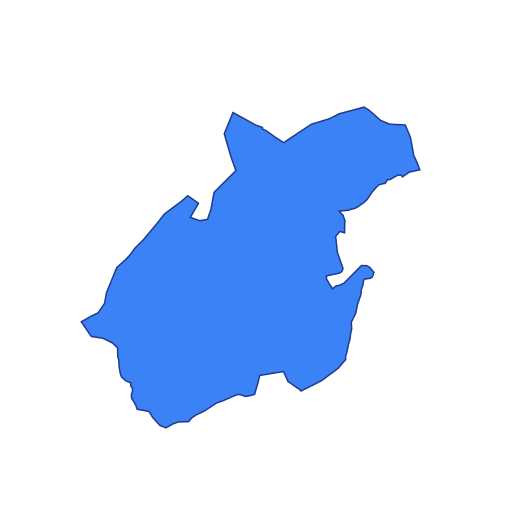 Dandume, Katsina, Nigeria (Albers equal-area conic projection), rotated 69°
{"feature_id": "59680162B23965546094498", "entity_name": "Dandume", "entity_type": "district", "adm_level": 2, "iso_a3": "NGA", "parent_name": "Nigeria", "parent_adm1": "Katsina", "projection": "albers", "projection_center": [7.218, 11.418], "detail": "fine", "context": "isolated", "style": "filled", "palette": "blue", "viewbox_px": 512, "rotation_deg": 69, "n_neighbors": 0, "source": "geoboundaries", "source_scale": "gbopen_adm2", "svg_char_len": 2280}
<svg xmlns="http://www.w3.org/2000/svg" viewBox="0 0 512 512"><g transform="rotate(69 256 256)"><path d="M254.8,442.7L272.1,438.6L278.0,428.3L285.9,421.1L292.0,418.2L298.1,420.3L300.5,421.1L304.6,421.5L307.0,422.4L310.8,423.6L317.2,424.8L320.3,424.9L320.8,424.9L325.8,422.3L327.4,420.7L329.7,418.3L329.8,418.4L332.2,419.5L335.6,418.8L338.0,419.8L340.7,422.0L344.3,423.1L346.3,422.7L348.3,422.2L353.0,421.7L356.5,421.9L362.8,411.6L366.5,410.9L369.7,410.3L379.8,406.4L384.2,401.6L383.0,393.9L383.1,387.4L383.7,386.3L386.5,378.3L384.1,374.0L382.9,368.6L382.5,363.0L382.0,358.7L379.1,345.5L379.3,338.5L378.6,323.5L379.6,320.6L383.2,316.4L384.1,312.6L384.7,306.9L376.6,300.8L373.9,298.8L369.0,295.5L369.1,294.1L373.7,271.7L384.6,271.1L393.4,265.1L395.9,263.3L398.2,262.4L396.0,240.0L390.3,219.5L390.2,219.4L384.8,209.4L381.8,208.3L378.3,205.6L371.6,201.3L367.5,198.2L362.1,195.3L358.4,192.8L352.0,190.8L345.1,183.3L337.6,178.6L329.1,171.5L326.4,170.4L323.9,168.8L321.9,166.9L318.3,164.9L316.2,163.1L316.9,161.5L317.2,159.5L317.8,157.3L317.4,155.3L315.8,153.5L314.8,152.9L313.6,151.7L307.6,153.8L304.7,156.1L302.7,161.0L312.8,183.4L313.3,188.2L312.6,192.1L314.1,196.3L311.8,196.6L309.1,197.4L302.8,198.4L299.8,197.4L301.8,185.0L301.7,182.6L300.8,180.8L298.7,179.2L295.3,179.1L295.1,179.1L281.7,178.7L266.2,174.6L263.1,168.9L266.1,165.0L259.1,162.2L256.8,161.3L255.2,160.3L253.4,160.3L249.1,160.1L243.9,162.5L246.5,152.8L246.3,150.9L246.9,147.6L246.8,144.3L245.8,140.3L244.8,136.4L243.1,132.0L237.7,124.3L233.6,116.3L233.9,112.1L234.5,109.5L231.8,105.8L232.7,103.5L232.0,99.7L231.4,95.2L232.3,91.6L234.6,90.9L234.2,89.3L232.6,83.0L234.2,72.2L225.4,72.2L218.6,72.7L200.7,69.3L187.2,69.7L180.8,84.0L174.0,91.1L161.0,97.9L155.7,101.7L153.0,127.8L154.2,137.9L152.8,157.0L155.8,170.5L158.8,184.0L160.2,189.4L151.7,195.7L142.4,201.8L140.9,203.5L139.3,204.4L138.3,203.9L133.7,209.3L113.8,226.1L130.5,241.8L153.8,243.8L169.2,244.2L172.7,252.4L181.6,272.4L196.4,281.4L204.4,288.1L203.4,293.4L202.9,295.8L196.4,303.5L186.3,290.9L186.1,290.8L175.3,298.1L178.2,305.9L180.2,313.3L184.0,326.6L189.1,334.9L200.8,355.9L205.1,365.8L209.9,373.3L212.6,379.0L216.9,390.1L232.4,404.7L236.6,408.7L246.0,414.4L252.5,423.8L253.0,430.7L254.8,442.7Z" fill="#3b82f6" stroke="#1e3a8a" stroke-width="1.5"/></g></svg>